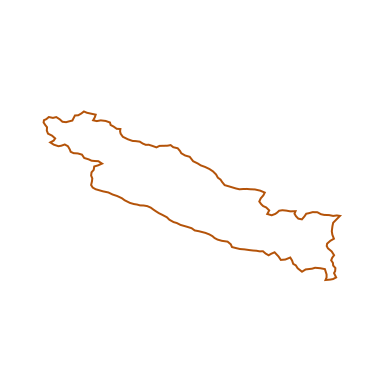 outline of Jiquiriçá, Bahia, Brazil, rotated 106°
{"feature_id": "56859067B22249438969819", "entity_name": "Jiquiriçá", "entity_type": "district", "adm_level": 2, "iso_a3": "BRA", "parent_name": "Brazil", "parent_adm1": "Bahia", "projection": "equal_earth", "projection_center": [-39.586, -13.327], "detail": "fine", "context": "isolated", "style": "outline", "palette": "amber", "viewbox_px": 384, "rotation_deg": 106, "n_neighbors": 0, "source": "geoboundaries", "source_scale": "gbopen_adm2", "svg_char_len": 2806}
<svg xmlns="http://www.w3.org/2000/svg" viewBox="0 0 384 384"><g transform="rotate(106 192 192)"><path d="M239.8,39.4L238.1,35.0L236.8,32.4L234.4,29.9L230.8,33.1L228.6,32.6L225.6,33.2L223.8,36.0L221.3,37.0L219.3,39.4L216.5,39.1L213.6,38.0L210.6,41.4L208.7,45.8L206.8,47.6L204.4,47.9L200.8,45.6L197.8,42.7L194.4,45.3L191.2,46.8L188.7,47.2L186.0,47.6L182.6,47.8L174.2,43.2L174.6,46.3L176.1,49.7L176.4,53.8L177.6,58.7L177.8,62.0L176.9,65.9L178.1,70.5L180.1,73.7L181.4,76.2L184.5,77.2L188.0,78.8L188.3,82.5L186.6,85.4L184.6,87.5L181.9,87.2L183.5,92.1L183.9,96.2L184.6,100.1L186.0,103.1L188.2,104.4L190.1,105.9L192.4,109.0L192.4,113.6L188.4,112.7L186.4,116.4L185.9,119.8L184.6,122.2L182.6,124.7L179.2,124.2L175.6,122.5L172.5,121.9L171.9,126.8L172.2,132.2L173.3,136.8L173.9,139.9L174.9,143.3L176.3,147.1L176.5,150.7L176.4,157.7L176.4,162.5L174.1,165.8L172.2,168.0L171.1,171.1L168.5,173.7L166.4,177.5L165.1,181.6L164.3,186.4L164.0,190.9L163.0,194.3L162.1,199.4L158.8,203.9L158.8,208.7L157.7,213.0L155.9,214.8L153.9,217.8L154.1,222.4L152.8,225.5L154.2,228.2L155.4,232.0L156.6,235.9L158.9,238.5L158.6,242.9L158.5,246.6L159.4,249.4L159.0,252.7L158.0,256.1L158.6,260.1L159.3,263.2L159.0,268.2L158.0,273.7L155.6,276.7L153.4,277.9L151.2,278.2L152.0,281.8L150.7,285.4L150.0,288.7L147.8,290.0L147.5,294.6L148.3,299.5L150.1,303.1L150.3,306.8L146.9,306.0L144.2,305.9L144.5,310.2L144.8,314.9L144.4,318.1L147.0,320.0L149.6,322.5L150.7,325.6L153.2,326.1L156.3,326.7L157.9,329.5L159.6,332.3L160.2,335.9L158.6,339.1L157.4,343.1L159.1,346.1L159.4,350.3L162.1,352.1L163.8,354.1L166.1,353.8L168.0,351.6L169.7,349.2L173.0,348.5L175.6,346.5L176.4,342.1L178.2,338.3L180.7,339.1L183.4,341.9L184.6,337.9L184.8,333.0L183.6,330.5L181.4,327.4L182.2,323.9L184.8,321.2L186.8,319.7L187.3,316.5L186.4,312.4L186.4,308.1L189.0,305.0L189.1,300.3L189.6,297.2L189.0,293.9L188.2,290.5L189.5,286.3L192.4,289.8L194.4,293.0L197.8,292.6L200.8,294.0L204.0,293.5L206.4,291.6L209.3,291.1L213.1,290.9L215.1,288.7L215.9,285.4L215.9,281.4L215.9,277.7L215.5,272.3L216.3,267.6L216.5,262.8L217.3,257.7L218.5,254.5L219.6,248.6L219.6,244.5L219.2,241.3L219.2,238.3L218.3,234.7L217.9,231.1L218.4,227.3L219.6,224.1L220.5,221.3L221.5,217.9L222.1,214.5L223.2,209.2L224.9,206.1L226.0,201.4L226.0,198.1L226.8,194.0L226.8,190.6L226.8,187.4L226.9,182.4L228.2,178.8L227.8,174.6L227.6,167.9L228.0,163.6L228.8,160.2L230.0,157.7L230.7,154.4L230.7,149.8L229.9,144.1L231.6,140.3L233.9,138.4L233.8,134.7L233.6,130.2L232.7,125.8L232.0,120.7L231.4,117.1L230.7,113.8L230.4,110.6L229.4,107.5L230.9,104.2L231.7,100.9L229.5,98.8L227.2,96.0L230.1,91.1L232.8,87.9L231.2,83.7L227.9,79.5L230.3,76.9L233.2,74.9L233.9,72.0L236.2,69.4L238.3,64.3L235.1,61.4L232.6,55.4L230.9,52.8L229.9,47.6L229.5,43.0L234.2,39.9L237.0,39.1L239.8,39.4Z" fill="none" stroke="#b45309" stroke-width="2"/></g></svg>